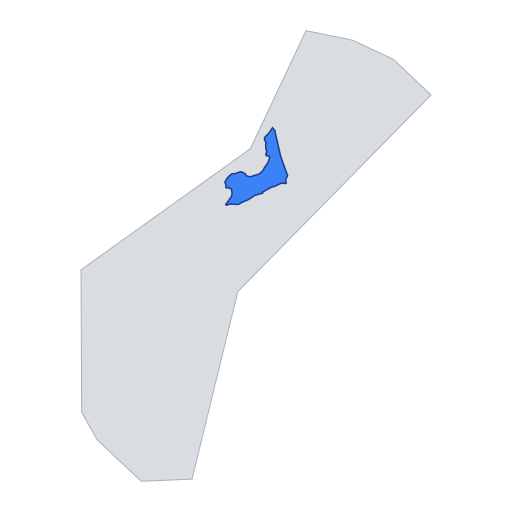 Tamuning, Guam (highlighted)
{"feature_id": "77769853B98386396694239", "entity_name": "Tamuning", "entity_type": "district", "adm_level": 2, "iso_a3": "GUM", "parent_name": "Guam", "parent_adm1": "", "projection": "orthographic", "projection_center": [144.795, 13.512], "detail": "fine", "context": "in_parent", "style": "filled", "palette": "blue", "viewbox_px": 512, "rotation_deg": 0, "n_neighbors": 0, "source": "geoboundaries", "source_scale": "gbopen_adm2", "svg_char_len": 1087}
<svg xmlns="http://www.w3.org/2000/svg" viewBox="0 0 512 512"><path d="M192.0,479.1L141.2,481.3L97.1,439.8L81.7,412.1L81.0,269.8L250.4,148.7L306.0,30.7L352.5,40.2L393.6,59.5L431.0,95.0L237.8,291.6L192.0,479.1Z" fill="#d9dde1" stroke="#a8b0b8" stroke-width="1"/><path d="M286.1,183.4L285.7,179.1L286.5,177.9L287.6,175.5L285.7,170.4L283.5,164.2L282.2,160.7L280.5,155.7L275.0,131.5L275.0,130.7L272.5,127.7L270.0,131.5L269.3,132.6L264.5,137.6L264.5,139.9L266.0,142.5L265.6,144.9L266.0,149.7L266.8,151.0L265.8,154.4L266.3,155.7L269.1,156.0L269.6,157.7L267.9,162.8L264.5,167.5L262.8,170.8L259.2,174.0L249.7,176.9L246.1,175.6L245.5,173.9L241.8,171.9L240.7,171.9L239.6,172.0L234.6,173.8L232.2,173.6L230.2,175.2L228.8,176.3L226.6,178.9L224.9,182.3L225.8,184.4L225.9,184.6L226.0,187.8L228.8,187.8L231.4,189.0L232.1,193.0L231.7,195.6L230.3,198.2L227.7,201.8L225.7,204.5L226.6,205.2L229.8,204.1L237.6,204.4L238.2,204.4L244.7,201.1L246.8,200.4L248.7,199.4L255.0,195.3L262.7,193.2L262.5,192.1L271.7,187.1L275.1,186.2L281.0,183.3L286.1,183.4Z" fill="#3b82f6" stroke="#1e3a8a" stroke-width="1.5"/></svg>